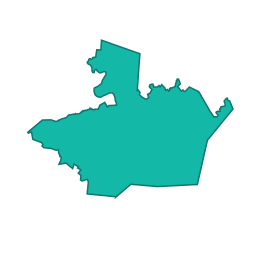 outline of Gaujienas pag., Apes, Latvia, rotated 108°
{"feature_id": "27541924B78373668882921", "entity_name": "Gaujienas pag.", "entity_type": "district", "adm_level": 2, "iso_a3": "LVA", "parent_name": "Latvia", "parent_adm1": "Apes", "projection": "orthographic", "projection_center": [26.394, 57.508], "detail": "fine", "context": "isolated", "style": "filled", "palette": "teal", "viewbox_px": 256, "rotation_deg": 108, "n_neighbors": 0, "source": "geoboundaries", "source_scale": "gbopen_adm2", "svg_char_len": 5334}
<svg xmlns="http://www.w3.org/2000/svg" viewBox="0 0 256 256"><g transform="rotate(108 128 128)"><path d="M162.7,221.8L162.8,221.8L163.1,222.0L163.6,221.1L161.7,218.5L168.2,215.0L168.6,205.8L169.9,203.8L171.8,204.2L172.3,202.9L172.7,202.0L172.7,201.8L171.4,195.7L171.3,195.1L171.2,193.5L171.4,190.4L171.4,189.8L171.0,188.7L170.2,187.4L173.2,186.2L173.5,186.1L174.3,185.1L176.1,183.9L175.7,183.5L176.2,182.8L177.0,182.5L178.0,182.0L178.3,182.0L179.0,182.1L179.5,181.9L183.9,182.4L181.4,177.7L181.0,177.5L180.7,176.0L180.7,175.6L181.1,174.5L181.7,173.2L182.7,170.8L183.3,169.0L183.7,168.1L179.1,168.2L179.5,166.7L179.8,164.8L180.1,163.3L181.6,163.6L182.4,159.9L186.3,161.4L187.6,158.1L192.1,157.1L192.6,155.4L191.6,153.8L190.8,152.9L189.3,150.8L189.4,150.6L190.2,150.2L190.6,149.9L191.0,149.2L196.7,147.9L203.3,146.5L200.4,133.1L199.2,128.1L198.9,126.2L198.8,125.8L197.1,118.1L197.3,118.1L180.6,107.9L174.6,81.9L160.3,44.6L115.1,48.7L77.5,34.0L71.1,39.4L70.8,39.6L71.0,40.4L70.3,42.1L69.9,42.6L69.3,42.4L69.1,42.5L68.9,42.9L69.3,43.4L70.3,44.0L72.8,44.9L74.4,43.5L75.3,43.1L75.6,42.8L76.4,42.6L77.1,42.7L77.5,43.1L78.2,44.6L79.1,46.1L79.6,46.2L80.2,46.0L80.6,46.0L81.1,46.5L81.7,46.7L83.2,45.6L83.7,45.6L84.0,45.8L84.1,46.9L84.2,47.6L85.1,48.7L85.5,49.0L85.9,49.1L86.2,49.0L86.6,48.6L87.4,47.0L87.6,46.6L87.9,46.4L88.2,46.2L88.6,46.3L89.6,46.8L90.0,47.1L90.2,47.5L90.2,48.1L90.2,48.4L90.4,48.8L90.7,49.3L91.0,49.6L86.7,55.2L81.9,60.4L80.9,61.6L78.5,64.3L76.1,66.8L76.1,67.2L74.7,68.4L71.6,71.9L70.2,81.4L70.3,81.5L70.1,82.3L71.5,83.0L73.6,83.9L75.7,85.3L75.8,85.7L75.4,86.9L74.8,87.5L76.6,88.8L76.1,89.3L74.5,91.5L73.4,93.6L73.2,93.6L71.4,92.7L70.0,91.8L69.0,92.6L66.4,94.6L66.0,95.0L65.9,95.1L66.3,96.3L67.1,96.1L67.8,96.6L68.4,96.6L68.8,96.0L70.5,96.4L71.1,96.4L72.7,95.9L73.2,96.2L73.9,95.9L74.5,96.5L76.4,98.8L76.7,99.9L77.7,100.6L79.1,99.8L80.3,100.9L79.1,102.2L80.5,104.0L79.9,104.4L78.6,105.1L76.3,109.3L79.0,110.2L78.5,111.0L78.0,111.6L80.0,112.8L81.0,116.2L81.1,116.3L80.8,116.6L80.6,116.8L79.8,116.8L79.4,117.0L79.0,117.8L78.9,117.9L78.6,118.0L79.2,119.4L80.4,120.6L81.3,120.4L82.2,120.5L83.0,119.3L83.0,119.2L83.6,118.1L84.0,117.1L88.2,117.9L88.2,118.1L89.1,118.9L89.8,119.8L92.8,117.7L95.2,119.8L94.4,123.7L93.6,125.6L92.9,127.4L90.6,127.5L88.6,130.0L89.4,130.8L66.6,136.5L57.1,138.8L56.8,138.8L56.7,138.9L53.7,139.6L53.5,148.5L53.0,169.9L52.9,171.6L52.7,180.4L53.6,180.1L62.2,177.9L63.3,181.9L70.6,180.6L71.2,181.9L71.3,182.1L71.4,182.5L71.6,183.0L72.0,183.3L72.2,183.0L72.4,182.9L72.8,182.9L73.4,183.4L73.9,183.9L74.0,184.2L74.0,184.5L73.8,185.2L73.8,185.5L73.9,185.8L74.0,186.0L74.6,186.4L75.0,186.5L75.7,186.4L76.5,186.5L76.9,186.5L77.3,186.7L77.8,187.0L78.2,187.1L78.4,187.0L78.6,186.9L78.7,186.5L78.9,186.2L79.3,186.0L79.3,185.9L79.5,185.0L79.6,184.7L79.6,183.6L79.7,183.2L79.9,182.8L80.6,182.2L80.9,181.8L81.3,181.2L81.8,180.9L82.4,180.7L83.1,180.4L84.6,180.0L85.7,179.2L86.1,178.7L86.0,178.2L85.8,178.0L85.8,177.8L85.9,177.6L85.7,177.3L85.0,177.4L83.7,177.4L83.1,177.3L82.6,177.0L82.4,176.8L82.2,176.6L82.1,176.3L82.1,176.1L82.3,175.9L82.8,175.5L83.1,175.2L83.3,174.8L83.8,173.7L84.1,172.7L84.2,172.3L84.2,171.8L84.1,171.4L84.0,171.1L83.8,170.8L83.0,169.8L82.6,169.4L82.0,168.7L81.8,168.2L81.7,167.9L81.6,167.4L81.6,167.0L81.7,166.7L81.9,166.5L82.2,166.2L82.9,165.7L83.4,165.5L84.2,165.5L85.2,165.8L90.6,167.1L91.8,167.0L93.3,167.0L93.7,167.1L94.4,167.3L94.7,167.4L95.6,168.1L96.2,168.5L96.7,168.8L97.2,169.1L98.7,170.6L100.1,172.2L100.7,172.4L101.1,172.4L102.5,172.0L103.6,171.6L104.2,171.3L105.4,170.4L106.0,170.1L106.8,169.2L107.0,168.7L107.2,168.3L107.5,167.2L107.6,166.6L107.7,166.1L107.4,164.5L107.0,163.4L106.6,162.9L105.5,161.9L104.4,160.9L103.4,159.5L102.4,158.6L100.7,156.7L100.4,156.2L100.1,155.8L99.9,155.3L99.7,154.5L99.7,154.0L99.8,153.1L100.0,152.7L100.2,152.3L100.5,151.9L102.4,150.3L103.5,149.6L103.9,149.4L104.5,149.1L105.6,148.7L105.9,148.5L107.2,147.5L108.1,146.6L108.6,146.4L109.8,146.1L109.8,146.4L110.6,147.9L112.6,153.2L114.4,154.3L111.8,156.9L111.5,157.5L110.8,158.0L114.8,161.7L119.4,162.2L119.4,162.4L119.5,162.8L120.2,164.7L120.3,164.9L120.2,165.1L120.6,165.5L121.1,165.8L121.1,165.7L121.2,165.8L121.2,166.0L121.3,166.5L121.3,166.8L121.0,167.5L121.1,167.9L121.3,168.0L121.2,168.1L121.3,168.3L121.3,168.5L121.5,168.7L121.5,168.8L121.4,169.0L121.2,169.1L121.2,169.3L120.9,169.4L120.9,169.5L120.7,169.6L120.7,169.8L120.8,170.0L120.9,170.3L121.0,170.4L121.4,170.3L121.6,170.4L121.8,170.3L122.0,170.5L122.3,170.6L122.6,171.0L122.7,171.5L123.0,171.9L123.2,172.1L123.6,172.2L123.6,172.3L123.6,172.6L123.9,172.8L124.0,172.9L124.2,173.0L124.3,173.2L124.4,173.4L124.3,173.8L124.3,174.2L124.4,174.4L125.0,174.8L125.2,175.2L125.3,175.3L125.3,175.6L125.5,175.5L125.8,175.6L125.8,175.8L125.8,176.1L126.2,176.0L126.3,176.1L126.5,176.3L126.5,176.5L126.3,176.6L126.4,176.8L126.5,176.9L126.9,176.9L126.9,177.1L127.0,177.2L127.3,177.1L127.5,177.2L127.8,177.3L128.0,177.3L128.3,177.7L128.2,177.8L128.4,177.9L128.6,178.0L129.1,178.4L129.3,178.7L129.5,179.1L129.7,179.4L130.3,180.4L130.3,180.7L130.6,181.5L130.5,182.5L131.4,182.7L131.5,183.0L131.6,183.3L131.5,183.8L132.7,185.9L133.8,188.3L137.5,190.1L137.8,190.9L139.0,192.5L139.2,193.0L139.4,193.3L141.6,195.9L141.7,195.7L142.3,196.3L142.2,196.3L144.1,198.3L144.0,203.6L146.9,211.9L162.7,221.8Z" fill="#14b8a6" stroke="#0f766e" stroke-width="1.5"/></g></svg>